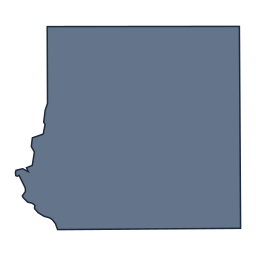 Kinney, Texas, United States of America (Albers equal-area conic projection)
{"feature_id": "52423323B1423896904617", "entity_name": "Kinney", "entity_type": "district", "adm_level": 2, "iso_a3": "USA", "parent_name": "United States of America", "parent_adm1": "Texas", "projection": "albers", "projection_center": [-100.689, 29.354], "detail": "fine", "context": "isolated", "style": "filled", "palette": "slate", "viewbox_px": 256, "rotation_deg": 0, "n_neighbors": 0, "source": "geoboundaries", "source_scale": "gbopen_adm2", "svg_char_len": 539}
<svg xmlns="http://www.w3.org/2000/svg" viewBox="0 0 256 256"><path d="M239.4,26.4L47.2,26.6L47.5,103.4L45.2,110.2L43.7,122.2L45.1,124.4L43.2,134.1L32.4,137.8L31.3,146.5L34.4,152.0L32.3,165.4L26.5,167.7L28.2,171.6L22.7,168.7L16.0,170.3L15.4,172.6L15.8,175.6L17.2,176.2L19.1,175.4L25.2,187.8L25.5,191.3L22.3,196.0L23.3,197.8L27.6,202.1L32.1,203.2L34.2,204.6L34.9,205.8L34.4,207.9L34.8,208.9L38.2,212.7L43.9,216.2L49.7,217.9L52.3,219.6L55.5,223.7L57.6,229.6L240.6,228.3L239.4,26.4Z" fill="#64748b" stroke="#1e293b" stroke-width="1.5"/></svg>